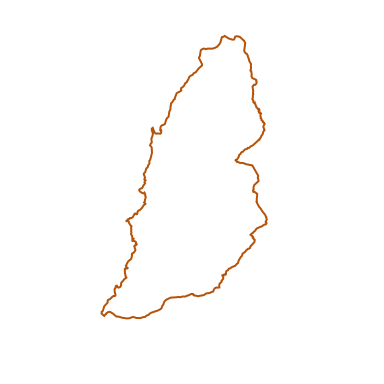 outline of Caineni, Vâlcea, Romania, rotated 308°
{"feature_id": "2599482B74506560405437", "entity_name": "Caineni", "entity_type": "district", "adm_level": 2, "iso_a3": "ROU", "parent_name": "Romania", "parent_adm1": "Vâlcea", "projection": "equal_earth", "projection_center": [24.304, 45.515], "detail": "fine", "context": "isolated", "style": "outline", "palette": "amber", "viewbox_px": 384, "rotation_deg": 308, "n_neighbors": 0, "source": "geoboundaries", "source_scale": "gbopen_adm2", "svg_char_len": 6072}
<svg xmlns="http://www.w3.org/2000/svg" viewBox="0 0 384 384"><g transform="rotate(308 192 192)"><path d="M211.8,270.1L213.3,269.9L213.4,269.2L213.8,269.1L213.9,268.4L216.5,267.8L217.2,266.7L218.0,266.0L217.9,265.6L219.0,263.9L220.1,259.2L221.3,256.1L221.6,254.0L223.4,250.0L224.1,249.3L224.1,248.7L224.9,248.5L226.8,247.0L228.8,245.9L230.7,244.4L230.6,240.6L229.9,240.3L230.2,239.7L231.2,238.9L232.1,238.9L233.2,237.8L235.7,236.8L241.6,237.7L242.7,236.6L243.7,235.0L245.4,234.3L245.8,233.7L250.1,223.1L248.5,220.2L248.2,219.2L247.3,217.9L246.9,216.3L246.2,214.3L244.3,211.6L244.0,209.6L243.8,209.0L243.4,208.9L243.8,206.8L244.2,206.7L245.0,207.3L247.1,207.4L249.3,206.9L250.2,206.3L252.0,206.8L253.0,206.5L254.3,206.7L255.2,207.4L256.6,207.3L258.5,207.7L259.7,208.8L261.2,208.8L261.5,209.5L262.1,209.9L264.1,210.1L265.8,211.1L272.9,212.4L273.6,212.3L274.8,213.0L275.2,212.6L277.5,212.6L278.8,212.1L281.1,212.1L283.5,211.0L285.4,211.1L285.8,210.1L286.4,209.7L286.8,208.7L287.5,207.9L290.5,207.2L290.5,206.5L291.0,206.0L290.7,204.8L291.4,204.3L291.3,203.8L291.5,203.3L291.4,202.6L292.4,201.7L292.4,200.7L293.3,200.2L294.1,199.0L295.1,198.4L296.4,198.1L296.5,196.9L295.8,196.4L296.6,194.7L297.3,194.4L297.8,194.9L298.6,194.1L298.7,193.5L298.0,192.7L298.3,191.9L298.5,190.4L299.1,189.9L299.5,188.7L300.3,187.8L300.5,186.9L301.2,186.3L300.4,185.5L300.5,185.1L301.6,184.4L301.9,183.2L302.3,182.9L302.5,182.2L303.9,181.8L305.8,180.3L306.7,180.2L307.4,179.2L309.0,178.3L312.3,174.8L314.2,174.8L314.8,174.9L315.1,175.7L316.7,176.0L318.4,175.4L318.8,174.4L319.7,174.0L319.8,173.0L318.9,169.5L319.1,168.8L319.9,167.5L321.3,166.8L323.7,164.3L323.5,163.9L323.7,163.2L325.5,162.6L328.2,160.3L329.1,159.8L330.6,156.3L331.6,155.3L331.7,154.8L332.5,153.9L333.2,152.5L333.9,151.9L334.0,151.4L334.6,150.2L334.4,149.1L334.6,147.7L335.4,146.2L342.1,142.3L343.2,140.0L343.7,134.1L342.2,131.2L340.9,130.4L338.2,131.3L337.0,130.2L336.7,129.6L336.2,127.8L335.6,126.7L335.1,121.6L333.7,121.2L332.4,120.2L327.4,122.3L325.0,122.6L321.7,122.3L319.0,120.9L317.3,119.6L314.8,116.2L313.2,115.0L312.3,113.0L311.1,112.2L309.5,111.7L308.2,112.1L304.0,114.5L302.7,114.6L301.9,115.0L298.9,121.2L297.9,122.0L293.4,121.2L288.6,121.2L286.6,120.2L284.9,120.4L282.5,119.3L280.9,119.0L278.7,119.7L276.0,120.0L275.4,120.3L273.3,119.7L270.9,120.3L269.6,120.2L267.2,119.5L266.0,120.1L265.4,121.1L263.5,120.5L260.9,119.2L260.1,119.2L255.5,120.6L254.6,121.2L253.3,120.8L250.6,121.2L249.1,120.9L245.5,122.9L244.1,124.0L241.5,124.6L236.9,127.2L235.2,126.9L233.0,127.1L229.0,128.8L227.2,128.1L226.4,127.4L224.9,127.1L223.7,127.3L222.5,128.0L222.0,128.9L221.2,128.8L221.1,129.1L221.7,129.4L221.6,129.9L219.5,131.3L218.5,131.2L216.8,128.6L216.0,128.0L215.7,127.5L215.7,126.6L216.3,124.9L218.4,121.6L217.3,121.3L216.3,121.9L214.9,123.8L214.6,124.7L213.4,125.6L211.1,126.6L209.1,127.1L206.1,129.9L204.4,129.8L203.0,130.2L202.3,132.8L198.3,136.3L191.8,139.2L190.2,139.2L188.4,140.8L187.0,141.1L186.1,141.0L184.3,141.8L182.3,141.5L178.9,142.9L177.0,142.7L176.0,143.3L175.4,144.7L174.7,145.5L174.5,146.1L172.6,146.7L172.6,148.2L171.6,148.1L170.5,148.5L169.9,149.7L166.9,149.7L164.6,150.3L161.9,149.0L161.2,149.1L160.8,149.4L160.4,150.3L160.4,152.5L160.9,154.5L161.6,154.9L162.2,154.9L161.8,155.9L161.5,156.5L160.2,157.4L160.0,158.1L159.2,158.9L156.7,159.8L155.6,160.6L154.2,160.7L154.3,161.5L154.0,162.6L152.3,162.2L150.6,162.1L149.4,162.4L145.5,162.0L144.3,161.2L143.0,161.3L140.8,162.3L140.2,161.8L140.2,160.7L139.7,160.2L135.6,160.8L134.1,160.3L133.4,159.2L132.3,159.2L131.3,158.4L128.8,158.2L128.8,158.6L129.6,159.1L129.6,159.7L129.9,160.2L128.9,161.4L127.9,164.0L127.8,165.4L126.4,165.9L124.7,167.6L123.5,168.3L122.5,169.4L121.5,169.8L121.0,170.3L120.6,171.7L118.7,173.6L118.8,174.1L119.2,174.5L119.2,174.8L118.3,174.8L117.6,174.5L116.8,175.1L116.9,175.5L117.6,175.9L118.1,178.1L118.0,178.6L117.2,179.3L116.8,180.6L116.6,180.6L116.4,179.9L116.1,179.8L115.8,179.9L115.7,180.5L114.1,179.9L113.7,179.9L113.4,180.6L112.4,181.6L112.0,182.6L111.0,183.3L108.3,183.5L106.7,182.7L105.7,183.1L105.1,183.8L101.9,185.3L98.1,184.4L94.7,185.0L93.8,185.4L93.3,185.2L92.6,186.3L92.5,188.1L92.0,188.1L91.3,187.5L90.8,186.5L90.1,186.4L86.5,189.3L85.9,190.4L84.7,191.5L84.4,192.2L84.4,192.8L84.0,193.1L82.9,192.6L81.2,192.3L79.1,192.4L77.4,192.1L76.4,192.3L74.8,193.6L73.1,193.9L71.4,193.0L71.3,191.9L71.9,190.5L71.4,190.0L71.0,189.9L69.4,190.8L68.4,190.6L67.1,191.3L64.7,193.7L64.1,194.9L63.1,195.4L62.5,195.2L61.8,194.2L59.6,193.6L57.0,193.3L55.6,192.4L54.8,192.3L52.8,193.6L47.9,193.2L44.4,194.6L43.1,194.9L42.1,194.6L40.7,195.4L40.4,196.1L40.3,199.1L42.2,199.1L42.9,199.5L43.7,199.2L45.6,199.8L46.8,200.8L47.1,201.4L47.5,204.5L47.3,209.1L48.6,210.9L50.1,214.8L51.1,216.3L51.8,217.8L52.9,219.3L54.4,220.7L56.5,221.9L57.4,222.7L58.6,225.9L61.0,229.1L62.2,229.7L64.9,232.0L66.9,232.4L68.6,233.5L69.9,233.5L71.6,234.1L77.5,238.0L80.5,239.4L82.1,239.4L83.9,238.7L85.8,238.7L87.6,237.9L89.9,237.7L92.1,238.4L95.7,240.3L99.6,244.7L100.8,245.7L101.9,247.6L103.7,248.8L105.8,251.4L106.8,251.6L107.5,252.3L108.2,252.5L108.8,253.2L110.4,253.7L111.6,254.6L112.3,255.7L112.1,256.5L111.8,256.3L111.8,257.6L112.6,258.7L113.6,260.8L114.1,261.5L115.0,262.0L116.1,263.2L117.2,263.8L117.4,264.3L118.1,264.9L120.6,265.5L123.6,268.3L125.2,268.9L126.4,269.9L126.9,270.0L128.5,269.3L130.4,269.3L131.8,270.1L132.5,271.2L133.6,272.3L134.8,271.2L136.6,270.2L139.4,270.6L140.0,270.0L142.8,270.0L143.8,269.2L144.5,268.9L144.6,268.5L144.9,268.5L145.1,268.2L144.8,267.4L145.0,267.2L147.3,268.4L147.5,268.8L147.3,269.2L147.7,269.4L148.2,269.3L150.2,267.9L151.1,267.8L152.6,268.5L154.1,268.2L155.0,268.9L157.6,269.8L160.5,271.5L162.4,271.5L164.2,272.0L167.0,270.9L170.7,270.5L172.2,270.7L174.7,269.8L177.0,270.6L180.2,270.7L181.1,271.1L181.8,271.1L182.7,272.0L183.5,272.2L185.0,271.5L191.1,272.0L192.2,271.2L192.7,271.1L193.0,270.7L193.0,269.0L193.3,268.0L194.1,268.1L194.4,267.2L194.3,264.5L196.0,264.6L196.7,265.1L198.6,265.2L200.3,265.6L202.6,265.4L203.6,265.7L206.9,267.4L207.3,267.9L210.9,269.1L211.8,270.1Z" fill="none" stroke="#b45309" stroke-width="2"/></g></svg>